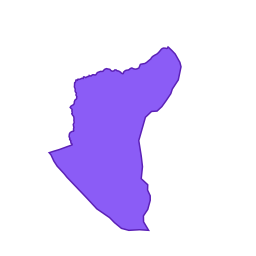 Assoungha, Ouaddaï, Chad, rotated 210°
{"feature_id": "50815135B12284790062818", "entity_name": "Assoungha", "entity_type": "district", "adm_level": 2, "iso_a3": "TCD", "parent_name": "Chad", "parent_adm1": "Ouaddaï", "projection": "mercator", "projection_center": [22.07, 13.467], "detail": "fine", "context": "isolated", "style": "filled", "palette": "violet", "viewbox_px": 256, "rotation_deg": 210, "n_neighbors": 0, "source": "geoboundaries", "source_scale": "gbopen_adm2", "svg_char_len": 3930}
<svg xmlns="http://www.w3.org/2000/svg" viewBox="0 0 256 256"><g transform="rotate(210 128 128)"><path d="M109.4,163.4L108.7,170.2L108.1,179.1L109.1,183.9L108.5,194.8L112.7,207.5L115.9,210.8L124.2,215.7L128.6,217.0L133.6,218.2L133.8,218.2L133.7,217.7L133.9,216.6L134.0,216.5L134.3,216.2L135.6,215.8L136.2,215.5L136.6,215.3L137.3,214.9L138.1,213.9L138.3,213.4L138.4,213.1L138.5,212.9L138.7,211.8L138.7,211.6L139.3,208.4L140.1,206.2L140.3,205.9L141.0,204.9L142.2,202.7L142.3,202.5L142.3,202.4L142.5,202.0L142.7,201.1L142.8,200.5L142.8,200.1L142.8,199.2L143.6,197.1L144.9,193.6L145.0,193.5L145.1,193.3L145.5,192.5L145.7,192.3L145.9,192.1L148.6,189.8L148.8,189.6L149.1,189.2L148.9,187.9L148.7,186.3L148.6,185.5L148.6,185.4L148.7,185.2L149.9,183.6L151.1,182.6L152.7,182.1L153.1,182.0L153.7,182.0L153.8,182.0L154.4,181.9L154.6,181.9L154.9,181.7L155.1,181.5L155.8,180.5L156.0,179.8L156.2,179.3L156.3,179.1L156.6,178.6L156.8,178.4L158.3,177.2L158.6,176.9L159.1,176.2L159.4,175.3L159.6,174.5L159.7,174.4L159.5,173.5L159.5,173.4L159.4,172.9L159.4,172.7L159.7,172.4L161.1,172.2L161.9,172.4L162.2,172.6L162.6,172.6L164.0,172.7L164.3,172.6L164.8,172.6L166.1,172.1L166.5,172.2L167.4,172.3L167.5,172.3L167.6,172.2L168.3,171.8L168.4,171.7L168.6,171.5L168.6,171.2L168.7,170.9L168.7,170.5L169.2,170.0L169.6,169.6L170.1,169.3L171.3,169.2L171.6,169.2L172.8,169.7L173.2,169.7L173.3,169.6L176.4,168.6L177.3,167.4L177.5,167.2L177.7,166.7L177.9,165.6L178.1,164.7L178.6,164.1L180.1,163.3L181.7,161.4L182.2,160.7L182.3,160.6L182.3,160.2L182.3,159.9L182.5,158.0L182.5,157.9L183.1,157.4L183.7,157.2L184.7,156.8L185.1,156.5L185.4,156.2L185.5,156.0L186.0,154.6L186.3,154.4L187.7,154.1L187.9,154.1L187.8,153.2L188.0,152.9L188.7,152.2L188.9,152.1L189.0,152.1L189.1,151.8L189.1,151.7L189.5,150.8L189.8,150.5L190.6,150.5L190.8,150.5L191.3,150.4L191.8,150.2L192.0,150.0L192.0,149.5L191.9,149.2L191.6,148.5L192.1,148.3L192.2,148.2L192.6,148.0L192.8,147.9L193.0,147.8L193.7,146.6L193.8,146.5L194.5,145.8L195.4,145.4L195.7,145.3L195.8,145.2L195.8,144.9L195.7,144.5L195.6,144.2L195.8,143.9L196.2,143.9L196.8,143.8L197.0,143.6L196.6,141.9L196.5,141.4L196.5,141.2L196.5,140.9L196.8,140.6L196.8,140.4L195.8,138.5L195.1,137.0L195.0,136.9L194.9,136.7L193.2,135.4L192.8,134.5L192.4,133.8L192.0,133.3L191.8,133.1L191.0,132.7L190.9,132.7L190.7,132.6L190.3,132.5L189.9,131.8L189.6,130.6L189.4,130.4L188.7,130.0L188.1,129.7L187.9,129.3L187.4,128.2L187.2,127.7L187.2,127.4L187.3,127.1L187.8,126.1L187.8,125.6L187.8,125.1L187.7,124.5L187.7,124.4L187.7,124.2L187.4,123.5L187.2,123.1L186.9,122.5L186.9,122.4L186.8,122.1L186.9,121.3L186.9,121.0L187.7,119.5L187.8,119.3L187.9,119.2L188.2,118.6L188.3,118.4L188.4,117.7L188.3,117.0L188.3,116.9L188.2,116.9L187.8,116.7L187.1,116.5L186.9,116.4L186.1,116.3L185.4,115.7L185.3,115.4L185.2,114.7L184.5,114.1L184.1,113.6L183.7,113.0L183.8,112.8L183.9,112.4L183.8,112.2L183.0,111.8L182.4,111.4L181.7,111.2L180.6,110.6L179.7,109.5L178.7,107.7L178.6,107.4L177.8,106.5L177.4,105.9L177.3,105.6L177.3,105.2L177.2,103.7L176.5,102.9L176.2,102.5L175.5,101.8L175.1,101.4L175.0,100.9L174.9,100.4L174.2,99.1L174.0,98.9L173.6,98.5L173.7,98.3L173.7,97.9L174.1,97.6L174.3,97.4L174.5,97.3L174.6,97.2L175.2,96.3L175.8,95.1L175.8,93.9L175.8,93.7L175.6,93.1L174.8,91.3L174.8,91.2L173.9,90.4L173.6,90.2L173.3,90.1L173.2,89.8L173.2,89.7L172.7,88.8L172.3,88.7L172.2,88.7L171.3,88.4L171.2,88.4L170.8,87.7L170.7,87.4L170.0,86.7L169.5,86.4L169.2,86.3L169.2,86.2L168.7,86.2L168.4,86.1L168.1,85.7L168.0,85.4L169.1,84.0L169.3,83.8L171.2,81.6L176.7,75.0L181.5,69.9L183.2,68.0L183.9,67.2L183.5,67.1L181.2,66.2L175.7,62.3L170.2,59.5L160.8,56.6L156.1,54.8L128.8,46.8L114.6,42.4L103.2,41.5L99.2,41.2L92.4,39.3L83.5,37.8L76.1,39.8L67.1,45.7L59.0,49.7L67.6,54.5L70.7,59.6L70.2,67.4L72.6,76.5L74.9,80.4L80.0,84.0L82.5,88.7L91.2,90.7L96.1,101.7L102.5,110.3L112.4,122.5L118.3,146.0L115.9,154.1L111.3,157.2L109.4,163.4Z" fill="#8b5cf6" stroke="#5b21b6" stroke-width="1.5"/></g></svg>